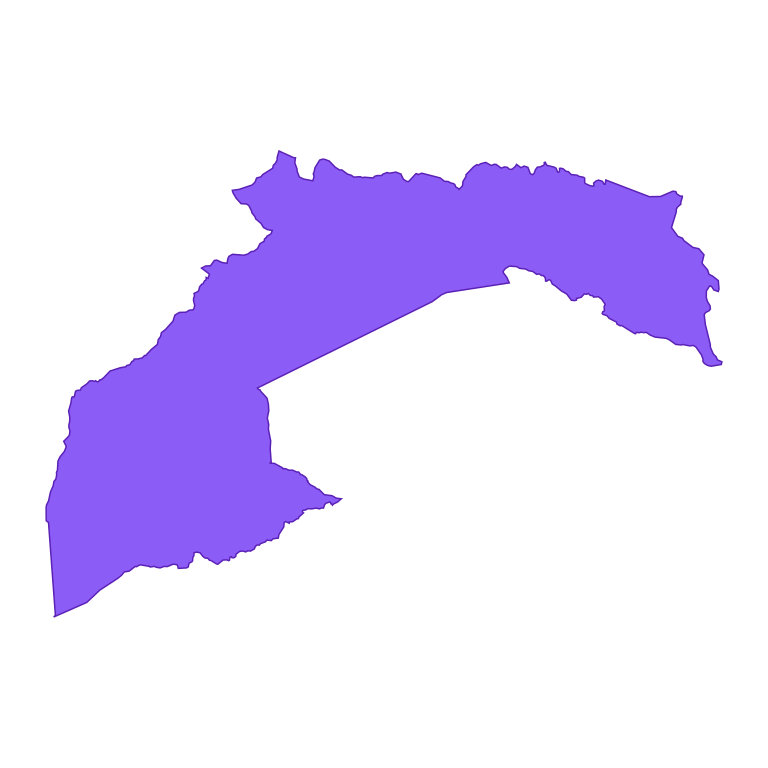 the district of Calcahualco, Veracruz, Mexico
{"feature_id": "50627088B11703653351845", "entity_name": "Calcahualco", "entity_type": "district", "adm_level": 2, "iso_a3": "MEX", "parent_name": "Mexico", "parent_adm1": "Veracruz", "projection": "orthographic", "projection_center": [-97.165, 19.101], "detail": "fine", "context": "isolated", "style": "filled", "palette": "violet", "viewbox_px": 768, "rotation_deg": 0, "n_neighbors": 0, "source": "geoboundaries", "source_scale": "gbopen_adm2", "svg_char_len": 6086}
<svg xmlns="http://www.w3.org/2000/svg" viewBox="0 0 768 768"><path d="M53.7,617.0L86.8,602.4L99.8,590.1L118.1,578.1L121.8,575.0L124.3,571.9L129.2,571.1L135.1,566.5L136.4,566.7L140.1,564.8L149.0,566.3L150.2,567.0L154.5,566.4L156.3,567.3L160.1,567.9L164.2,566.4L167.3,566.6L173.1,564.2L176.7,564.6L177.5,565.5L178.3,568.4L186.6,567.9L188.3,566.9L189.0,563.3L192.0,561.7L192.6,560.7L192.8,557.5L193.9,555.6L194.0,552.8L196.3,552.1L200.1,552.8L202.8,556.3L205.0,558.0L207.9,558.3L209.4,560.2L211.1,560.6L216.6,564.0L217.9,564.2L223.2,560.0L226.8,559.9L228.7,560.7L229.5,560.2L229.8,557.4L230.4,556.8L231.5,556.7L232.0,557.8L233.9,557.8L235.7,556.5L236.1,554.2L239.5,551.5L242.4,551.0L245.8,551.9L247.9,550.8L250.5,551.1L254.4,548.9L255.3,546.4L257.1,545.0L259.4,545.1L260.4,543.7L265.3,541.9L267.0,540.1L271.3,540.6L273.0,538.8L278.3,538.1L278.9,534.5L283.8,526.9L284.1,522.8L285.5,521.5L289.2,523.2L289.3,521.9L292.7,521.7L296.8,518.9L298.3,518.6L299.0,516.9L303.5,512.9L302.5,512.2L302.4,511.0L303.0,510.4L305.5,510.0L307.9,508.7L311.8,508.9L315.9,508.1L319.7,508.9L321.1,508.0L323.5,508.1L324.6,504.7L325.9,503.3L329.6,502.0L330.5,502.5L330.9,503.8L331.6,503.8L332.4,505.2L333.7,503.9L337.6,502.0L341.3,498.8L336.2,498.1L332.0,495.7L324.3,494.7L319.0,489.4L316.9,488.9L315.0,487.2L310.1,484.6L307.6,481.7L308.0,481.1L307.0,480.3L306.7,478.5L305.2,476.9L301.9,474.7L300.6,474.5L298.7,472.0L296.8,472.0L292.4,470.1L289.0,470.2L285.6,468.7L282.8,468.7L282.6,467.9L274.4,463.4L269.5,463.1L271.2,462.3L270.2,448.8L270.7,441.0L268.4,429.2L268.7,424.4L267.3,418.0L268.8,410.8L268.4,404.2L267.0,398.1L260.8,391.4L259.9,389.7L258.5,389.4L257.4,388.0L432.3,301.6L441.8,294.6L446.7,292.5L509.3,282.9L506.8,277.3L503.2,272.5L503.2,271.3L505.4,268.5L509.3,266.1L516.6,266.6L519.8,268.4L525.6,269.0L528.9,270.8L532.7,271.4L536.6,274.3L539.3,273.9L541.4,275.5L543.5,275.6L545.3,278.0L545.6,281.1L546.8,281.1L548.9,279.7L550.6,280.3L552.3,284.1L555.2,285.8L561.3,290.9L566.8,294.1L571.4,300.3L574.7,300.6L576.5,300.1L576.5,298.5L581.2,297.3L584.2,294.0L586.7,294.2L588.3,293.5L590.3,295.4L592.8,295.8L593.5,297.1L598.3,296.7L601.5,299.0L605.2,304.3L604.1,306.5L604.4,310.9L602.7,311.8L602.2,313.5L602.8,314.3L607.0,315.7L609.2,318.4L616.5,322.1L617.0,324.1L620.2,325.8L621.6,325.5L634.7,333.6L635.6,333.7L636.4,332.3L639.3,332.8L640.8,332.2L644.3,332.7L646.3,332.3L650.1,335.0L655.0,337.1L666.1,338.3L669.3,339.8L675.7,344.4L681.6,345.0L682.7,344.5L689.9,345.9L693.3,345.4L696.0,347.1L701.5,355.0L703.1,359.4L702.9,361.3L704.3,363.4L706.1,364.6L708.7,365.8L711.4,366.2L721.3,364.5L721.9,361.8L717.5,359.9L716.1,356.8L713.3,354.0L710.4,347.3L710.3,344.4L705.4,324.7L704.2,314.8L705.5,312.6L709.3,310.6L710.4,309.0L710.0,305.7L707.5,301.6L706.3,297.7L706.4,291.0L709.6,286.0L711.5,286.4L713.9,290.0L718.3,291.5L719.0,289.0L718.3,280.6L712.6,276.1L709.0,274.3L707.6,269.9L702.4,263.8L702.2,262.3L704.0,254.8L698.8,248.7L692.9,247.4L683.9,240.6L682.5,238.2L677.9,236.4L671.5,227.6L676.2,212.2L676.3,209.2L677.6,207.0L680.9,204.1L680.7,202.7L682.4,196.9L682.2,196.1L680.2,196.1L676.6,193.8L676.2,192.1L675.5,191.5L672.8,191.2L660.5,196.5L649.4,196.7L605.8,180.0L605.1,184.3L604.0,184.1L602.4,181.3L598.6,180.1L596.0,181.0L593.6,183.1L594.0,185.5L593.6,186.2L589.8,185.6L585.2,183.5L584.7,182.4L584.7,178.3L583.7,177.3L578.8,176.3L577.2,175.2L571.1,174.5L568.4,171.6L566.2,171.4L563.1,168.8L560.8,168.2L559.5,168.4L559.6,170.6L558.9,172.1L557.6,172.1L556.1,168.3L554.4,167.2L546.9,165.3L545.2,162.2L544.2,162.6L544.4,164.4L543.2,165.5L539.6,167.0L537.4,167.1L535.5,169.6L534.0,173.5L532.4,174.7L530.3,173.6L527.9,167.3L524.0,166.1L521.0,167.7L516.5,164.4L515.6,166.2L512.3,169.1L510.5,169.4L509.0,169.0L507.5,167.4L504.6,166.9L501.2,168.1L496.1,164.4L494.2,164.3L491.3,165.5L485.7,162.4L480.5,163.8L478.5,165.2L476.9,164.6L473.6,166.8L466.0,174.7L466.0,176.5L463.0,181.4L462.5,185.9L459.0,189.4L458.7,188.7L455.8,187.0L454.9,184.7L453.6,183.6L451.2,183.1L448.1,181.5L444.5,181.3L440.1,177.9L421.8,173.2L418.0,174.6L416.9,173.7L415.9,173.7L408.7,181.5L406.9,181.5L403.4,179.3L400.9,174.0L395.8,172.1L389.5,173.2L387.1,172.5L382.8,174.2L381.7,175.5L376.8,175.6L374.3,176.5L373.5,177.7L372.7,177.9L364.2,177.2L362.8,177.7L360.1,176.7L353.9,177.1L351.1,175.2L347.5,174.1L341.8,169.9L339.7,170.0L335.4,167.4L329.2,161.0L324.3,159.2L322.2,159.2L319.6,160.1L315.0,167.7L313.9,172.8L313.3,173.4L314.0,176.8L312.8,180.8L303.5,179.0L299.4,177.0L297.1,171.3L297.0,168.9L294.8,162.8L295.5,157.8L293.5,157.6L279.0,151.0L277.2,157.2L277.1,160.0L275.4,163.3L273.4,165.2L272.6,168.3L262.6,174.6L261.0,176.8L256.6,178.0L255.1,182.0L252.1,185.0L239.0,189.4L232.3,190.3L233.1,193.0L236.3,198.4L241.1,203.7L246.4,204.0L248.7,205.4L251.5,210.9L251.9,212.8L254.9,216.6L255.7,218.9L261.0,223.4L263.6,227.6L267.6,229.7L272.3,230.5L270.9,233.9L266.8,236.3L266.5,237.3L264.5,239.0L264.2,241.2L260.0,243.6L257.5,248.6L253.8,251.3L251.1,251.6L247.7,254.1L243.8,255.2L232.5,254.3L228.9,256.4L227.9,258.5L227.0,263.3L222.0,262.5L216.8,260.1L214.3,260.5L210.5,265.8L205.6,266.0L201.5,268.1L209.4,274.1L208.0,278.3L206.2,277.4L206.1,279.8L204.5,280.9L203.1,283.7L201.6,284.3L199.6,286.9L198.7,290.6L197.3,291.9L194.0,293.4L194.5,296.1L193.6,298.1L193.5,300.4L194.7,305.4L194.0,308.4L193.0,309.8L189.3,310.2L186.1,312.2L179.4,312.4L174.9,315.1L173.0,321.1L165.7,329.3L161.4,332.7L160.5,336.6L158.3,339.5L157.4,344.4L151.4,349.4L145.7,355.5L144.6,355.5L142.2,357.9L138.1,358.9L134.1,359.1L133.7,360.6L131.9,361.5L129.9,364.7L126.7,365.5L125.7,366.8L120.4,367.7L110.1,371.0L103.7,377.7L100.9,379.9L100.0,379.8L98.3,381.7L97.0,381.7L95.5,380.7L94.6,381.4L92.1,380.7L89.5,381.0L87.0,383.8L81.4,387.7L80.4,390.1L77.0,390.4L75.5,391.3L74.3,396.8L72.3,396.9L71.7,397.7L70.9,403.1L68.6,411.0L69.8,417.4L69.6,421.9L68.9,424.7L68.9,427.6L69.9,430.6L69.6,434.1L68.8,436.1L63.7,441.3L66.2,446.3L65.9,447.6L64.4,451.4L60.1,456.7L58.0,461.0L57.4,470.4L56.5,472.2L56.6,475.4L55.8,479.2L53.9,481.5L53.2,485.6L50.4,492.2L48.6,500.8L46.5,505.0L46.1,507.8L46.2,520.7L48.5,522.5L55.4,615.3L53.7,617.0Z" fill="#8b5cf6" stroke="#5b21b6" stroke-width="1.5"/></svg>